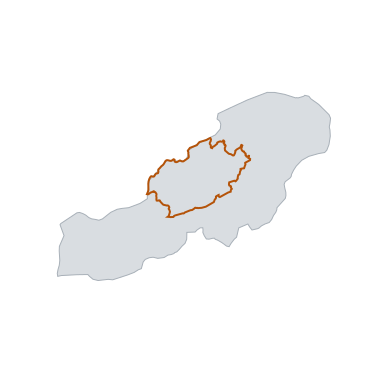 Banskobystrický on a map of Slovakia (Equal Earth projection), rotated 158°
{"feature_id": "SVK-1052", "entity_name": "Banskobystrický", "entity_type": "Region", "adm_level": 1, "iso_a3": "SVK", "parent_name": "Slovakia", "parent_adm1": "", "projection": "equal_earth", "projection_center": [19.313, 48.501], "detail": "fine", "context": "in_parent", "style": "outline", "palette": "amber", "viewbox_px": 384, "rotation_deg": 158, "n_neighbors": 0, "source": "natural_earth", "source_scale": "10m", "svg_char_len": 6942}
<svg xmlns="http://www.w3.org/2000/svg" viewBox="0 0 384 384"><g transform="rotate(158 192 192)"><path d="M348.1,164.1L347.4,167.0L345.2,170.4L342.5,173.8L340.2,178.1L337.2,187.1L335.3,191.3L327.0,199.5L326.6,211.1L325.5,211.9L306.5,215.8L304.0,215.2L301.4,213.0L299.9,211.3L299.0,210.1L297.3,207.0L295.1,204.7L291.9,202.8L288.9,200.7L285.1,200.6L274.9,203.6L267.8,204.0L263.0,203.0L256.7,201.2L244.4,200.9L235.9,202.5L235.1,204.7L227.4,218.8L216.1,224.1L206.3,229.4L203.4,230.5L198.5,228.8L193.0,225.6L188.3,224.0L184.9,224.7L181.3,228.3L179.6,231.9L168.4,234.6L149.0,236.2L142.2,239.8L139.9,244.1L139.8,247.4L141.4,250.3L139.3,253.6L138.4,254.9L124.7,255.7L106.3,256.6L95.4,256.4L85.0,256.2L78.0,253.3L69.5,247.8L60.6,240.4L59.7,240.3L58.4,239.5L52.7,238.9L51.2,239.4L47.8,237.0L46.9,233.9L41.7,225.7L36.0,212.4L35.9,208.5L38.3,204.1L40.4,200.8L40.8,198.1L41.0,197.4L42.9,191.9L47.3,184.6L51.3,180.3L54.2,178.9L60.2,180.2L70.4,181.3L78.3,180.3L85.6,177.0L89.6,174.2L93.0,171.2L94.2,169.3L95.7,168.3L101.8,166.6L103.7,164.6L104.5,160.8L105.1,156.6L106.3,153.4L107.9,151.1L119.1,145.6L120.1,143.7L121.9,141.8L125.2,139.7L128.5,136.6L131.9,134.8L136.2,135.0L140.2,134.6L143.4,133.5L144.8,133.4L150.6,134.3L151.6,137.8L152.2,141.4L162.1,141.2L167.6,133.4L170.5,132.4L175.1,129.7L178.1,127.4L180.2,128.9L183.2,133.8L186.4,137.9L188.2,139.5L188.4,140.7L190.3,141.4L193.9,141.9L196.3,143.1L197.0,146.9L197.1,150.3L196.0,152.7L195.4,154.8L197.9,155.7L201.5,154.9L204.1,153.7L211.9,156.5L214.6,150.2L217.7,147.0L221.6,145.5L225.2,143.6L228.5,142.2L230.8,142.3L231.8,141.7L234.7,141.8L237.9,142.5L242.4,141.7L248.6,143.3L252.5,146.1L256.3,147.1L260.6,147.0L263.5,145.4L267.7,139.9L270.9,140.0L275.7,139.1L282.6,139.2L298.4,140.3L302.4,142.4L312.2,145.1L316.5,148.2L318.5,151.9L319.5,154.5L329.6,158.4L344.5,163.5L348.1,164.1Z" fill="#d9dde1" stroke="#a8b0b8" stroke-width="1"/><path d="M234.6,206.9L233.0,208.5L232.2,209.4L231.5,210.5L229.4,216.1L228.3,218.1L226.9,219.9L225.3,221.3L224.1,221.9L223.4,221.7L222.8,221.1L221.7,220.6L221.0,220.8L219.4,222.1L218.5,222.5L217.5,222.4L216.9,222.2L216.4,222.3L215.8,223.0L215.5,223.5L215.2,224.8L214.8,225.4L214.4,225.7L213.3,226.1L211.1,227.2L211.0,227.3L208.9,227.9L207.6,228.6L205.1,230.6L203.8,231.0L202.6,230.6L200.5,229.0L199.2,228.6L197.2,229.2L196.7,229.2L196.1,228.5L196.3,227.9L196.6,227.3L196.6,226.6L195.6,225.6L194.3,225.4L191.7,225.8L191.2,225.6L190.0,224.3L189.3,223.9L188.8,223.7L188.2,223.7L183.1,224.9L182.2,225.3L181.6,226.4L181.0,229.1L180.4,230.2L180.4,230.3L180.5,230.8L180.5,231.2L180.5,231.5L180.4,231.9L177.4,233.7L170.0,233.6L166.7,235.4L166.0,235.5L159.2,234.8L155.9,235.2L154.8,235.2L154.7,234.5L154.7,233.6L154.8,233.4L155.4,232.6L155.6,232.2L155.8,232.0L156.0,231.8L156.2,231.7L156.5,231.5L156.8,231.2L157.2,230.7L157.4,230.3L157.5,229.8L157.1,228.5L157.1,228.1L157.3,227.6L157.4,227.3L157.5,227.1L157.7,226.8L157.8,226.6L157.8,226.3L157.8,226.1L157.7,225.8L156.9,225.1L156.1,225.8L155.8,226.0L155.5,226.1L155.2,226.2L154.7,226.1L154.3,226.2L153.4,226.4L152.6,226.7L152.4,226.8L152.0,226.9L151.5,227.0L151.3,227.1L151.1,227.2L150.7,227.3L150.4,227.6L150.2,227.9L150.1,228.1L150.1,228.3L149.9,228.4L149.6,228.4L149.3,228.4L148.8,228.5L148.5,228.5L148.2,228.5L147.8,228.4L147.6,228.4L147.3,228.4L147.2,228.4L146.9,228.4L146.7,228.2L145.6,227.5L145.4,227.4L145.1,227.3L144.8,227.3L144.6,227.3L144.4,227.4L144.2,227.5L144.1,227.8L143.9,228.0L143.7,228.1L143.4,227.9L143.3,227.7L143.2,227.4L143.1,227.1L143.1,226.7L143.2,226.4L143.5,226.0L143.8,225.7L144.1,225.4L144.3,225.3L144.4,225.2L144.2,224.5L143.7,223.8L143.6,223.6L143.7,223.4L143.9,223.2L144.0,223.1L143.5,222.6L143.5,222.3L143.7,222.0L144.3,221.3L145.0,220.7L145.2,220.3L145.3,220.1L145.8,218.1L143.6,213.8L143.3,213.5L141.8,212.5L140.3,210.5L139.6,210.3L139.4,210.4L139.0,210.6L138.5,211.1L137.7,211.8L137.4,212.2L137.1,212.5L137.0,212.8L136.9,213.0L136.5,213.4L136.5,213.6L136.5,213.9L136.4,214.0L134.5,214.7L131.0,215.2L130.4,215.4L129.9,215.8L129.5,216.3L129.4,216.4L129.0,216.7L128.9,216.8L128.7,217.1L128.4,217.1L127.9,216.3L128.2,216.0L128.6,215.6L128.8,215.4L128.9,215.1L129.0,214.9L129.4,214.5L129.6,214.3L129.9,214.0L130.0,213.7L130.1,213.3L130.2,212.8L130.1,212.2L129.9,211.3L129.5,210.6L129.2,210.3L128.9,210.3L128.8,210.2L128.7,210.1L128.6,209.9L128.7,209.5L128.7,209.1L128.5,208.7L128.1,208.0L127.9,207.6L128.0,207.1L128.1,206.9L128.6,206.4L128.6,206.2L128.3,206.1L128.2,206.0L128.2,205.8L128.3,205.4L128.3,205.1L128.3,204.7L128.2,204.4L128.0,204.2L127.6,204.1L127.1,204.1L125.7,204.3L125.6,204.2L126.0,203.4L126.8,202.6L127.0,202.4L126.9,202.2L126.5,202.0L125.7,200.9L126.3,199.8L131.7,199.2L131.8,198.9L132.0,198.5L132.0,198.3L132.0,198.2L132.0,197.9L132.1,197.7L132.2,197.4L132.5,197.1L133.3,196.3L134.8,194.5L137.8,195.2L138.1,195.2L138.5,195.1L138.5,194.8L138.4,194.2L138.5,194.1L138.7,193.9L139.4,193.3L139.7,193.1L141.0,191.0L141.2,190.7L141.5,190.5L142.4,190.5L142.6,190.5L142.8,190.3L143.6,189.3L144.2,188.2L144.4,187.9L144.5,187.8L144.6,187.6L144.6,187.2L147.0,185.8L147.7,185.6L147.8,185.7L147.8,185.8L147.9,186.0L148.0,186.1L148.1,186.3L148.3,186.5L149.2,186.7L153.9,187.0L154.6,185.8L154.8,185.4L155.0,184.5L155.0,184.2L154.9,184.0L154.9,183.9L154.1,183.3L153.8,182.8L153.8,182.5L153.8,182.3L154.0,182.1L154.2,181.9L154.3,181.6L154.2,181.1L153.9,180.3L153.9,180.0L154.0,179.9L154.9,179.5L155.2,179.3L155.4,179.1L156.0,177.8L158.6,178.0L167.7,176.9L168.1,176.9L168.2,177.0L168.3,177.2L168.4,177.3L168.6,177.4L168.7,177.5L168.8,177.8L168.9,178.4L168.9,178.6L168.9,178.8L168.7,178.9L168.5,179.0L168.4,179.3L168.5,179.3L170.9,179.0L171.2,178.9L171.5,178.8L171.6,178.6L171.7,178.4L171.8,177.9L171.9,177.7L172.5,177.0L173.7,176.5L175.5,174.5L184.7,173.2L188.9,173.7L192.4,174.8L192.8,175.0L193.1,175.3L193.3,175.4L193.9,175.5L194.1,175.6L194.3,175.8L194.7,176.1L194.9,176.2L195.1,176.2L195.8,175.9L198.3,175.3L198.8,175.3L200.3,175.7L205.6,175.7L206.4,175.7L207.3,175.3L207.6,175.3L207.9,175.3L208.6,175.7L216.5,176.6L217.6,176.5L218.4,175.9L218.8,175.9L219.8,176.3L220.9,176.6L221.2,176.7L221.6,177.0L223.8,178.1L222.6,178.4L220.0,181.7L219.8,182.1L219.8,182.5L219.8,182.9L219.7,183.5L219.7,184.1L219.9,184.8L219.9,185.2L219.7,185.5L219.4,185.7L219.1,186.0L218.8,186.3L218.8,186.7L218.8,187.1L219.0,187.9L219.2,188.3L219.7,188.7L220.3,188.8L223.3,190.9L223.6,191.4L224.7,194.2L225.1,195.5L225.0,195.8L225.0,196.1L225.3,196.4L225.8,196.6L226.2,196.7L226.8,196.7L227.0,196.8L227.4,197.0L227.9,197.2L228.0,197.3L227.9,197.9L227.7,198.8L227.6,199.0L227.4,199.3L227.2,199.6L227.1,199.8L227.0,200.2L226.6,201.9L226.4,202.2L226.1,202.6L225.9,202.9L225.8,203.3L225.7,203.7L225.7,204.0L225.8,204.3L225.9,204.6L226.0,204.8L226.0,205.0L226.0,205.3L226.1,205.6L226.4,205.8L227.3,206.3L227.5,206.4L227.4,206.5L227.3,206.8L227.2,206.9L227.2,207.0L227.5,207.0L229.8,206.9L230.7,207.0L231.1,206.9L232.1,206.5L232.5,206.4L233.7,206.3L234.6,206.9L234.6,206.9Z" fill="none" stroke="#b45309" stroke-width="2"/></g></svg>